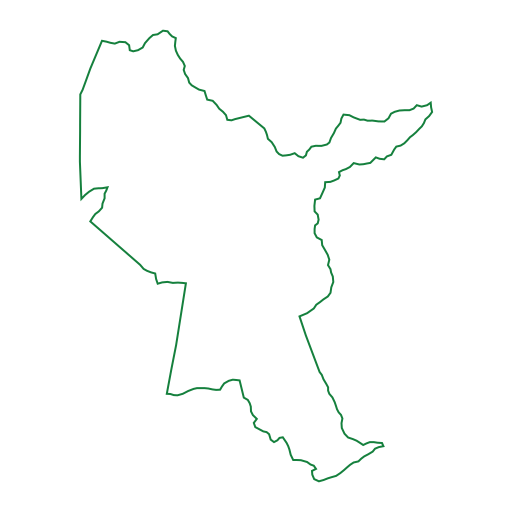 the district of Aracoiaba, Ceará, Brazil
{"feature_id": "56859067B24661252724236", "entity_name": "Aracoiaba", "entity_type": "district", "adm_level": 2, "iso_a3": "BRA", "parent_name": "Brazil", "parent_adm1": "Ceará", "projection": "orthographic", "projection_center": [-38.671, -4.503], "detail": "fine", "context": "isolated", "style": "outline", "palette": "green", "viewbox_px": 512, "rotation_deg": 0, "n_neighbors": 0, "source": "geoboundaries", "source_scale": "gbopen_adm2", "svg_char_len": 3681}
<svg xmlns="http://www.w3.org/2000/svg" viewBox="0 0 512 512"><path d="M248.9,115.7L235.1,119.1L231.5,120.3L227.3,119.8L226.0,115.2L223.0,111.8L219.2,108.7L216.6,104.9L212.7,100.8L207.2,99.6L205.8,95.3L204.5,91.0L199.0,89.6L194.7,87.1L191.7,85.3L189.2,82.6L188.0,78.1L185.1,74.0L183.7,69.9L184.8,66.0L183.0,61.9L180.1,58.5L177.8,54.9L175.9,50.7L174.9,45.9L175.3,41.9L175.8,38.1L172.1,36.4L169.6,33.9L167.6,31.3L163.0,30.7L157.6,34.3L153.0,35.0L149.4,38.1L145.0,43.1L142.7,47.5L138.0,50.2L133.2,51.3L129.8,50.2L129.1,45.2L125.4,42.2L119.5,41.8L114.8,43.6L110.4,42.8L106.6,41.7L102.0,40.8L90.4,68.4L85.1,83.0L82.6,89.8L80.3,94.4L80.1,124.9L80.1,130.9L79.9,156.2L79.9,161.8L81.4,198.9L85.1,195.0L89.1,191.7L94.0,188.7L98.1,188.3L102.1,188.2L107.5,187.3L106.2,190.7L104.6,193.7L104.6,198.3L102.5,203.6L102.1,207.7L98.8,211.4L95.3,214.0L93.0,217.1L90.3,221.4L140.2,264.9L143.6,268.9L147.0,270.8L151.1,272.4L155.2,273.5L156.1,279.0L157.7,283.7L162.2,282.4L167.5,281.9L172.8,282.9L177.9,282.6L182.3,282.9L185.9,283.3L176.1,345.2L171.4,369.1L166.8,393.8L170.4,394.0L173.8,395.1L177.5,395.3L182.8,393.8L188.2,391.0L193.6,388.9L197.1,388.1L200.9,388.1L204.3,388.1L208.3,388.5L212.4,389.4L216.2,389.9L220.1,389.7L221.9,386.6L224.2,383.4L228.8,380.8L232.8,379.7L236.2,380.0L239.6,380.4L243.8,397.6L247.8,399.9L249.7,403.2L250.8,406.6L251.0,411.4L252.9,415.1L256.8,418.9L253.8,422.9L255.3,427.1L263.3,431.4L266.6,432.1L269.1,434.2L270.7,439.6L274.0,442.1L277.4,440.3L279.5,437.9L282.8,437.3L286.6,442.9L288.2,446.1L289.4,449.5L290.7,454.8L293.2,460.0L296.6,460.0L300.9,460.2L307.1,462.0L310.5,464.5L313.8,465.7L316.0,468.9L312.0,470.9L312.3,474.7L314.2,479.1L318.9,481.3L323.6,480.0L327.9,478.3L331.5,477.2L336.1,475.9L340.3,473.1L344.0,470.1L346.8,467.6L350.1,464.8L353.6,462.5L358.4,461.4L361.3,458.6L364.2,456.4L368.2,454.3L372.7,451.6L375.0,448.7L378.8,447.1L383.4,446.2L382.0,443.0L377.4,442.7L373.6,442.1L369.9,442.1L366.5,443.4L363.2,445.0L360.2,443.0L356.6,440.7L352.9,439.1L348.1,437.5L344.5,433.7L341.8,428.0L341.5,423.2L342.4,418.5L341.0,414.9L338.7,412.4L337.0,409.2L336.0,406.0L334.7,402.2L332.4,397.4L329.3,393.8L328.1,390.6L328.1,387.3L326.2,383.8L323.5,379.3L321.8,374.9L319.6,372.0L305.8,335.3L299.5,316.4L302.8,315.0L307.1,313.2L310.2,311.0L313.8,308.5L316.3,304.7L320.0,302.1L323.4,299.4L327.8,296.5L330.5,292.8L331.3,287.3L333.3,282.0L332.8,276.5L331.1,272.5L330.5,269.2L328.0,265.1L329.3,259.7L327.7,254.8L325.0,250.0L322.2,245.2L321.7,240.0L316.8,237.4L314.6,233.2L314.6,228.9L315.1,225.4L317.7,223.4L318.6,219.7L317.7,214.6L314.6,211.4L314.4,205.9L315.1,199.6L320.0,198.3L322.5,192.8L324.8,187.6L325.2,182.2L330.3,181.9L334.1,180.5L338.4,178.5L339.8,175.5L339.0,172.1L342.6,170.2L345.9,169.1L349.9,167.0L353.7,163.1L359.4,164.5L363.5,164.2L366.9,163.5L370.3,162.9L372.9,160.3L375.8,157.4L379.7,158.8L384.2,159.3L386.9,156.4L391.3,154.8L394.2,149.5L396.3,146.6L400.6,145.6L404.3,143.3L407.4,140.2L410.0,137.2L412.7,135.2L416.1,132.2L419.3,128.8L421.8,126.4L423.9,123.1L425.4,119.4L429.1,116.1L432.1,112.0L431.1,107.3L430.7,102.7L427.1,105.2L421.6,106.6L416.8,105.2L413.6,108.6L409.5,110.2L404.7,110.2L399.5,110.5L394.7,111.8L391.0,113.7L388.5,118.3L384.4,121.5L378.5,121.4L372.6,120.6L367.6,120.7L364.0,119.6L360.1,119.8L356.9,118.6L353.5,117.3L349.4,115.2L343.5,114.6L341.4,118.5L340.5,122.8L338.3,125.7L335.9,128.6L333.9,133.1L331.0,138.0L329.4,142.5L326.9,144.5L321.4,145.9L315.7,145.8L311.4,146.7L309.3,149.5L306.9,151.8L305.9,155.4L303.0,157.7L298.4,156.2L294.7,153.2L290.1,154.8L285.9,155.4L282.5,155.7L279.1,154.1L276.6,151.5L274.8,147.0L271.7,142.2L267.9,138.8L267.0,135.0L265.9,131.8L264.3,128.4L248.9,115.7Z" fill="none" stroke="#15803d" stroke-width="2"/></svg>